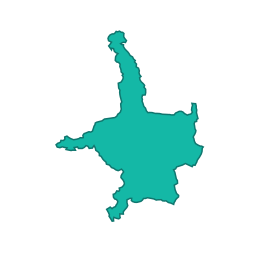 outline of Marilândia do Sul, Paraná, Brazil, rotated 329°
{"feature_id": "56859067B82853827773074", "entity_name": "Marilândia do Sul", "entity_type": "district", "adm_level": 2, "iso_a3": "BRA", "parent_name": "Brazil", "parent_adm1": "Paraná", "projection": "natural_earth1", "projection_center": [-51.292, -23.743], "detail": "fine", "context": "isolated", "style": "filled", "palette": "teal", "viewbox_px": 256, "rotation_deg": 329, "n_neighbors": 0, "source": "geoboundaries", "source_scale": "gbopen_adm2", "svg_char_len": 4003}
<svg xmlns="http://www.w3.org/2000/svg" viewBox="0 0 256 256"><g transform="rotate(329 128 128)"><path d="M154.0,60.6L151.9,63.5L152.3,65.6L153.7,66.9L154.1,69.2L152.6,71.2L152.4,72.8L151.9,74.7L151.0,76.4L151.7,79.3L150.1,79.8L150.3,81.6L149.1,83.2L147.4,84.3L145.6,85.1L142.7,84.6L141.8,86.5L140.6,88.9L140.5,91.5L139.3,93.0L138.2,95.4L137.5,97.4L136.6,100.5L136.1,102.5L134.2,103.5L132.8,106.3L132.0,108.4L129.6,110.4L128.2,110.8L126.4,110.9L124.5,112.1L122.2,112.3L118.8,110.9L112.4,108.2L109.3,108.5L107.5,107.9L106.2,107.5L104.0,106.9L102.5,106.9L101.5,108.1L99.9,108.9L98.1,110.5L95.9,112.4L93.9,112.3L92.6,111.1L91.0,110.8L89.4,110.6L87.5,110.2L85.6,111.0L84.7,113.2L83.4,112.7L82.1,111.7L80.6,111.8L78.3,111.2L75.3,110.0L73.5,107.7L72.3,105.6L71.5,103.5L69.1,103.1L68.2,105.0L66.3,105.5L64.1,104.1L62.9,105.3L61.5,105.3L60.1,104.9L57.7,105.3L57.5,107.9L59.5,109.8L62.0,110.3L63.4,111.8L65.5,113.6L63.8,114.5L65.4,116.0L67.6,118.0L69.2,118.5L71.5,120.0L71.8,117.0L73.5,117.7L75.0,118.2L75.0,120.0L78.3,122.0L80.6,122.1L83.0,121.5L84.3,123.1L84.2,125.5L85.8,126.2L87.2,126.9L88.4,126.2L89.8,125.6L89.7,128.2L88.9,130.5L90.2,133.5L90.3,135.1L89.2,136.9L90.3,138.2L90.4,139.9L90.4,141.7L90.8,143.7L91.6,145.8L90.9,147.9L93.0,150.2L93.5,153.4L95.1,155.4L96.0,157.6L97.6,159.5L99.5,159.8L101.2,159.9L101.6,161.7L101.6,163.4L100.1,164.0L98.6,164.7L97.3,165.6L96.4,166.9L96.9,169.7L96.9,172.1L96.0,174.2L94.4,175.0L92.3,175.6L89.5,175.0L88.9,176.9L87.5,177.5L86.0,176.1L84.2,177.2L82.8,177.6L81.2,177.2L79.9,179.8L80.0,181.9L81.3,183.4L81.5,185.6L79.9,187.2L78.4,187.8L76.8,188.9L74.5,188.6L72.8,188.9L72.0,186.6L70.3,186.7L67.8,186.7L67.7,190.3L67.4,192.7L66.3,193.9L66.4,196.2L66.4,199.7L67.8,200.3L68.7,198.5L69.9,197.3L71.5,199.4L73.3,201.1L75.1,200.9L75.6,199.3L76.8,197.4L78.3,198.5L79.7,199.4L80.7,197.5L82.5,196.7L84.0,196.2L86.1,195.5L87.8,194.4L88.7,191.3L90.2,189.0L92.0,189.2L93.4,189.3L94.9,190.2L93.5,191.9L94.1,193.5L95.7,195.3L97.3,196.3L99.2,196.9L101.3,197.5L103.3,197.2L105.0,196.4L106.5,197.3L108.8,197.8L110.5,199.3L112.2,200.8L113.7,202.2L115.1,204.3L116.6,204.9L118.0,205.7L119.6,206.6L120.1,208.2L121.7,209.4L123.1,210.0L124.2,212.6L126.1,214.5L127.8,217.0L129.2,215.6L130.6,215.0L132.0,214.0L134.0,213.4L135.8,213.1L136.7,211.8L135.9,209.2L136.6,205.1L137.2,203.5L138.2,200.8L140.5,200.9L142.0,200.9L143.3,198.4L143.2,196.5L145.3,190.2L145.6,187.2L147.7,187.6L149.7,186.4L155.6,187.8L158.9,188.0L163.1,194.2L164.8,193.3L166.3,194.5L167.8,193.5L169.4,192.6L170.7,191.4L172.3,190.6L174.2,189.8L177.5,187.9L179.3,186.3L181.2,183.6L182.7,183.0L181.8,181.5L180.5,180.6L179.1,178.5L177.9,176.1L178.1,173.6L179.0,171.0L179.2,169.4L180.4,168.5L181.7,167.9L183.8,166.4L184.9,165.1L185.0,163.1L186.3,160.1L186.9,158.4L188.6,157.1L190.2,157.7L191.3,156.0L192.8,156.0L193.5,153.6L194.6,150.0L196.2,148.0L196.8,145.9L197.8,144.3L198.5,142.0L197.3,141.2L195.5,139.8L194.9,141.9L193.4,143.2L191.7,145.3L191.3,147.7L189.0,148.4L187.0,147.7L185.5,147.5L183.9,144.8L183.3,142.6L182.2,141.1L180.5,140.1L178.3,139.9L176.5,139.7L174.3,140.5L172.0,139.2L170.6,137.9L169.3,137.1L167.4,135.8L164.7,134.0L162.5,131.9L160.6,130.6L158.8,129.5L156.5,127.1L154.3,125.7L153.0,125.1L152.6,122.8L153.2,120.0L152.7,117.7L153.5,114.6L153.9,112.2L155.1,110.9L155.5,109.2L157.3,107.3L159.8,108.5L161.3,106.9L163.1,103.8L162.7,101.3L164.2,100.0L163.9,97.8L163.1,95.1L163.1,92.8L163.9,90.8L165.7,90.5L165.4,88.2L165.9,86.3L167.2,84.8L167.8,82.1L166.5,79.8L168.2,77.6L167.6,74.7L169.0,73.9L168.3,71.8L168.5,69.4L167.2,67.0L167.2,64.4L167.0,62.7L166.5,60.7L166.0,58.3L166.0,55.9L167.0,54.3L165.8,53.5L165.1,51.9L167.1,51.9L168.6,52.3L169.8,53.4L171.7,52.3L171.3,49.5L171.3,47.7L172.3,46.0L173.2,44.9L172.7,43.3L171.5,42.4L170.6,40.6L168.6,40.2L167.6,39.1L165.7,39.9L164.2,40.0L162.9,39.2L160.6,39.0L158.4,39.8L157.0,40.9L156.3,43.2L158.1,45.9L156.0,46.9L153.7,47.7L154.1,52.5L155.2,51.3L156.5,52.5L155.8,55.2L156.4,57.2L157.7,59.0L155.7,59.6L154.0,60.6Z" fill="#14b8a6" stroke="#0f766e" stroke-width="1.5"/></g></svg>